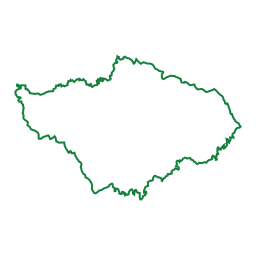 Lak, Đắk Lắk, Vietnam
{"feature_id": "81297802B83612510149562", "entity_name": "Lak", "entity_type": "district", "adm_level": 2, "iso_a3": "VNM", "parent_name": "Vietnam", "parent_adm1": "Đắk Lắk", "projection": "natural_earth1", "projection_center": [108.256, 12.321], "detail": "fine", "context": "isolated", "style": "outline", "palette": "green", "viewbox_px": 256, "rotation_deg": 0, "n_neighbors": 0, "source": "geoboundaries", "source_scale": "gbopen_adm2", "svg_char_len": 5735}
<svg xmlns="http://www.w3.org/2000/svg" viewBox="0 0 256 256"><path d="M91.9,189.3L94.3,193.1L94.9,193.3L95.9,193.2L98.2,191.6L98.9,190.6L101.3,190.1L104.2,188.3L107.4,187.2L108.7,186.4L109.3,185.2L110.8,184.1L112.1,183.6L112.6,184.1L112.8,186.9L113.2,187.3L114.8,188.1L114.6,191.1L115.5,191.1L116.0,188.9L116.8,188.6L117.8,188.9L118.5,189.6L118.6,190.6L119.2,191.9L119.3,193.5L121.1,194.1L121.7,193.9L121.7,192.3L122.3,191.8L123.0,192.5L124.0,192.2L124.5,192.6L124.0,193.7L124.2,194.0L124.9,194.0L125.1,195.1L126.0,194.0L127.0,194.9L128.6,194.4L128.8,192.0L130.8,189.6L131.6,189.3L132.1,189.5L133.1,191.8L133.0,193.7L134.2,194.6L134.8,190.7L135.2,190.0L136.0,190.0L137.3,192.6L139.7,192.9L139.8,196.4L139.6,197.2L140.3,199.3L140.8,199.6L142.2,198.5L142.9,197.1L142.9,196.2L145.1,195.2L145.1,194.4L146.3,193.5L146.2,191.7L145.8,191.6L144.9,192.4L144.0,192.6L143.9,190.8L145.3,187.2L146.3,186.4L148.1,185.9L147.8,182.1L150.6,180.5L151.6,180.8L152.7,180.2L153.3,177.5L154.5,175.9L155.1,175.8L158.6,177.5L159.7,177.4L160.6,178.3L161.3,178.3L161.8,179.4L161.7,180.7L162.0,181.0L163.5,178.5L165.0,177.7L166.0,176.2L167.7,175.6L167.8,174.0L170.2,174.0L171.9,173.4L171.9,172.9L171.4,172.0L171.6,171.3L172.1,170.7L174.5,169.4L175.1,168.5L177.7,169.1L178.3,169.7L178.7,169.5L178.9,168.4L178.3,166.8L176.0,166.3L176.4,165.1L177.0,164.5L176.5,162.2L176.7,161.3L177.2,160.7L178.5,160.8L179.5,162.0L179.7,161.5L179.6,160.7L179.9,160.3L180.7,160.9L181.4,160.9L183.0,158.7L184.7,157.7L185.5,157.7L186.8,158.4L187.7,158.5L189.9,157.9L190.5,158.4L191.0,159.6L192.6,159.9L194.2,161.8L194.9,161.8L196.8,163.9L198.2,163.7L199.1,162.7L201.4,163.2L204.7,162.2L206.4,162.7L207.8,160.9L208.8,160.2L212.0,159.1L212.1,156.6L212.8,155.7L214.2,156.4L214.5,157.8L215.6,158.4L215.9,159.9L216.7,159.7L216.9,159.0L215.6,157.2L215.5,156.6L216.8,155.9L216.7,154.6L216.9,154.0L218.2,153.9L217.2,151.5L217.5,149.6L217.4,148.7L217.9,147.4L218.5,147.4L219.1,149.6L220.8,149.5L221.0,148.3L221.5,147.6L222.5,146.9L222.9,146.0L223.9,145.1L224.0,146.3L223.3,148.3L223.6,148.6L224.5,148.3L225.0,147.2L226.1,146.6L226.9,145.1L226.9,144.5L226.3,143.6L227.1,142.6L226.5,138.8L227.4,139.0L228.0,139.6L228.5,142.5L229.1,142.8L229.7,141.2L230.5,140.0L230.1,137.4L230.5,137.4L231.2,138.0L232.2,137.3L233.5,137.7L233.4,137.0L232.4,136.0L232.5,134.2L233.1,133.4L234.3,132.9L234.5,132.0L235.1,131.4L235.4,129.9L236.1,128.9L236.6,128.7L237.1,128.0L239.7,127.6L240.6,126.6L239.9,125.9L238.8,123.6L235.4,121.3L235.0,120.2L233.9,119.0L233.5,117.9L232.8,117.0L232.7,115.6L232.2,115.1L231.9,113.9L230.9,114.0L230.2,112.6L230.2,111.2L229.9,110.7L229.7,109.3L228.8,107.5L228.2,105.1L227.5,104.2L227.5,103.5L227.0,103.3L225.9,103.9L225.1,103.2L224.6,101.0L223.5,99.6L223.2,97.9L222.5,96.4L219.6,94.3L216.2,90.6L214.2,89.0L213.0,89.8L207.5,91.8L206.1,92.0L203.3,89.7L201.6,89.0L197.6,89.4L195.7,87.5L194.8,86.1L194.5,84.6L194.1,84.4L190.2,85.3L189.3,84.5L188.8,84.4L187.2,82.6L186.0,82.5L185.1,81.8L184.1,82.7L181.6,82.4L181.3,81.8L180.6,78.8L179.7,78.7L179.0,78.3L178.8,77.9L175.7,76.9L174.5,76.0L172.5,76.1L171.1,75.6L166.5,77.3L164.2,78.9L163.2,79.1L162.1,78.2L161.8,76.2L161.9,74.4L163.1,72.7L163.0,71.8L159.4,71.0L157.1,69.4L155.5,68.8L154.8,68.1L153.6,65.7L151.8,64.1L149.8,63.6L147.0,63.5L143.6,62.2L140.8,63.8L138.0,61.3L136.3,59.2L134.7,62.9L133.9,63.7L133.3,63.2L133.2,62.1L132.2,61.1L131.7,60.1L129.0,58.4L126.6,58.0L125.1,56.6L123.9,57.1L123.3,57.9L123.5,58.4L122.7,59.1L121.4,59.2L120.4,59.7L118.9,58.6L118.9,57.1L118.0,57.0L117.4,56.4L116.9,58.7L115.9,60.7L117.3,61.8L117.3,62.4L116.8,62.9L115.0,63.0L113.3,65.0L113.6,66.8L114.2,68.2L114.2,69.2L113.6,70.5L111.7,72.8L111.7,75.1L111.4,75.6L110.1,75.6L109.7,76.1L110.0,77.6L110.7,78.3L110.7,78.9L110.4,79.5L107.5,80.6L106.4,79.5L105.0,78.7L104.3,78.8L103.8,78.6L103.3,80.4L102.7,81.0L102.5,80.6L103.0,80.0L103.1,79.3L102.3,78.5L100.4,78.0L100.1,78.4L100.1,79.1L101.4,80.8L100.3,80.8L98.8,79.3L97.9,79.2L97.7,80.3L98.6,80.8L99.0,83.3L98.7,83.5L98.3,83.2L97.5,80.9L96.8,80.9L96.8,81.4L97.3,81.9L97.1,83.2L97.6,84.3L97.4,84.7L96.3,85.3L94.9,85.2L94.2,85.5L92.2,87.0L91.6,86.5L90.9,84.0L90.2,84.2L89.7,85.6L89.4,85.7L88.5,85.2L87.9,84.3L86.7,84.7L86.4,84.5L85.8,81.2L84.7,80.8L83.7,79.3L83.4,79.1L82.6,80.0L81.9,80.3L80.9,80.2L80.1,79.8L79.8,78.9L79.3,78.7L79.1,78.9L78.9,80.0L77.9,79.2L77.3,79.2L76.6,79.6L74.1,82.0L72.4,80.2L70.9,80.9L70.5,80.0L69.8,80.9L68.3,81.2L68.4,82.1L67.8,82.7L67.9,83.2L67.4,84.0L67.6,84.8L67.1,85.4L66.0,85.6L64.5,86.4L63.2,85.4L61.5,86.4L60.7,84.3L59.5,85.2L58.8,84.6L58.4,84.9L58.3,85.9L56.1,85.6L55.6,88.2L53.5,89.1L53.1,91.2L48.7,91.4L47.9,91.9L46.9,91.9L43.8,93.8L40.5,94.8L39.5,94.5L38.5,93.5L34.8,93.9L29.7,93.1L29.3,91.4L28.2,90.5L27.6,89.4L27.3,89.1L25.9,89.3L25.5,89.0L25.5,85.4L21.8,85.3L19.2,85.6L18.7,85.5L17.9,84.6L17.2,84.5L16.9,85.5L17.1,86.0L18.7,86.9L20.6,86.8L20.9,87.3L20.9,88.0L20.4,88.5L17.3,89.6L16.4,90.3L15.4,91.8L15.5,93.7L16.4,95.5L17.6,97.0L20.4,97.4L20.6,97.7L20.4,98.3L18.7,98.9L18.3,100.6L18.9,101.5L21.5,101.5L21.6,103.3L23.1,104.7L23.0,105.9L23.8,108.1L23.2,109.5L23.2,112.0L22.6,113.1L23.6,115.3L23.4,118.1L24.1,119.2L27.7,121.9L27.9,122.5L27.4,125.2L29.7,126.8L31.0,129.3L35.4,130.9L37.9,132.7L38.7,134.8L38.6,138.3L39.0,138.8L41.3,138.7L41.8,137.9L44.1,136.7L48.2,135.4L48.6,135.7L49.4,137.0L50.0,138.9L50.7,139.1L53.3,137.5L54.5,136.2L55.4,137.3L56.4,141.6L57.6,141.8L58.9,142.7L64.2,142.4L64.7,145.7L66.1,148.7L67.0,149.9L68.4,152.6L69.5,152.6L69.9,151.2L70.2,151.1L70.9,151.4L72.0,153.4L73.5,153.1L74.1,152.6L74.4,152.7L75.4,155.8L77.4,159.3L78.4,160.4L79.0,161.7L80.3,162.1L81.2,163.4L81.5,164.7L80.7,167.0L81.5,169.4L81.6,170.6L83.3,173.8L84.9,174.7L85.6,177.4L87.4,178.2L89.3,179.8L91.3,182.9L92.2,185.2L91.9,189.3Z" fill="none" stroke="#15803d" stroke-width="2"/></svg>